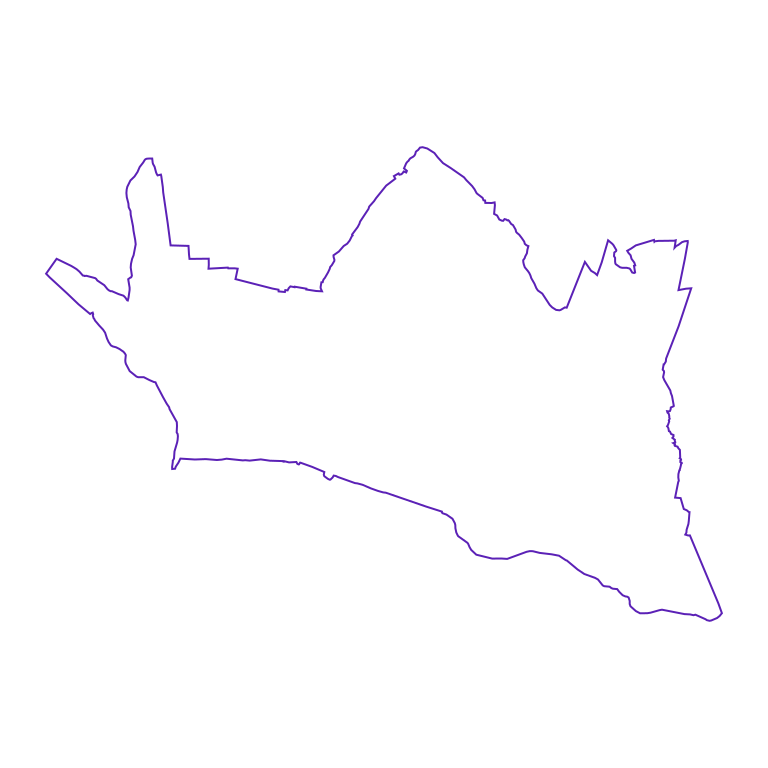 outline of Vulturesti, Suceava, Romania
{"feature_id": "2599482B79576110645349", "entity_name": "Vulturesti", "entity_type": "district", "adm_level": 2, "iso_a3": "ROU", "parent_name": "Romania", "parent_adm1": "Suceava", "projection": "mercator", "projection_center": [26.409, 47.519], "detail": "fine", "context": "isolated", "style": "outline", "palette": "violet", "viewbox_px": 768, "rotation_deg": 0, "n_neighbors": 0, "source": "geoboundaries", "source_scale": "gbopen_adm2", "svg_char_len": 6101}
<svg xmlns="http://www.w3.org/2000/svg" viewBox="0 0 768 768"><path d="M695.4,614.7L705.7,619.3L706.7,620.1L709.5,620.8L711.2,620.5L717.1,618.0L719.6,616.0L721.9,613.2L718.4,603.5L689.9,535.4L688.2,535.5L685.3,534.6L686.4,532.6L686.6,529.8L688.4,524.0L688.8,520.9L689.5,512.2L689.0,512.2L686.8,510.3L683.8,509.0L680.6,498.1L675.1,497.6L678.2,482.1L678.8,480.8L678.3,477.4L678.4,474.1L679.3,470.5L679.8,470.1L679.7,469.5L680.0,468.9L680.9,465.3L681.0,464.1L681.8,463.3L681.7,462.7L680.4,462.2L680.3,460.8L681.1,459.9L681.0,459.2L679.7,458.3L680.2,457.4L679.9,449.9L678.3,448.2L677.6,446.7L674.8,445.8L674.6,445.3L675.0,444.3L673.3,443.1L675.0,442.6L675.3,442.2L674.7,440.8L674.9,439.8L672.4,437.9L673.5,436.5L673.5,435.0L671.1,434.0L670.0,431.6L668.9,431.1L668.4,428.3L667.8,427.0L667.1,426.3L668.0,424.9L669.0,422.0L669.2,421.3L668.8,420.3L669.7,418.7L669.2,417.3L669.3,416.2L668.8,413.9L667.5,412.6L667.1,411.2L669.0,411.4L669.9,411.1L670.6,409.4L670.8,407.5L673.7,406.2L673.8,405.8L672.0,396.0L670.9,393.2L670.3,390.5L664.3,380.1L663.1,377.1L664.1,372.3L663.9,371.0L662.7,369.7L663.6,364.6L663.9,364.7L665.8,361.6L666.1,358.6L678.6,326.3L691.2,288.3L686.0,288.7L678.5,290.1L684.9,258.7L687.8,242.3L687.7,241.0L684.6,241.3L682.1,242.1L678.4,244.9L676.2,246.0L674.6,247.7L675.7,240.3L674.2,240.7L658.4,240.9L654.8,241.3L654.4,241.7L654.0,239.9L635.8,245.4L630.9,248.7L627.2,250.8L628.4,252.8L630.6,255.3L631.5,258.8L634.3,262.6L635.2,265.4L634.0,265.8L635.1,272.5L634.1,273.0L632.2,272.5L630.3,269.3L629.5,268.5L626.7,267.8L622.2,267.8L620.1,267.3L615.9,264.3L615.4,263.6L615.1,261.7L615.1,257.9L614.0,256.1L614.3,252.5L616.0,251.2L616.3,250.6L616.2,249.9L613.5,245.2L612.3,243.8L608.1,240.3L601.7,262.4L597.1,275.1L594.8,273.0L591.1,270.8L584.9,261.9L566.7,307.7L564.9,307.4L560.7,309.9L559.5,310.3L556.1,309.9L552.2,307.4L549.7,304.9L542.3,293.6L537.9,290.5L536.4,288.3L534.4,283.6L531.3,278.2L530.4,275.4L529.3,273.1L528.0,271.2L524.8,267.3L523.8,264.4L523.3,262.1L523.2,260.2L524.6,258.3L525.2,256.5L526.9,253.3L527.4,249.7L528.4,246.1L526.5,245.3L524.8,243.8L524.2,241.6L521.8,238.1L519.2,234.7L517.0,232.9L516.1,231.8L515.6,229.6L513.0,225.1L511.2,224.0L509.0,220.8L508.3,220.2L507.4,220.4L506.4,219.6L504.5,219.1L503.2,220.8L501.9,220.7L499.3,219.5L497.1,215.5L494.1,213.9L494.9,205.1L494.6,202.4L491.7,203.0L485.3,202.9L485.1,200.5L483.5,200.3L482.6,197.9L477.4,193.9L476.5,193.0L474.6,189.4L472.1,186.0L466.3,180.1L464.0,177.3L450.5,167.9L443.0,163.1L437.7,157.3L434.4,153.0L427.3,148.5L422.6,147.2L420.0,147.6L418.1,150.0L416.4,151.2L415.8,151.9L415.3,153.9L414.5,155.5L413.2,156.7L410.4,158.3L409.3,159.5L408.5,160.9L407.6,161.5L406.2,163.3L404.0,168.4L406.9,170.9L406.2,172.5L403.7,171.5L402.4,173.4L401.2,174.3L399.4,174.7L398.6,173.4L393.9,176.1L395.3,178.7L386.2,185.6L376.1,198.1L374.0,201.2L369.2,206.6L368.5,208.9L360.1,221.6L359.4,223.8L357.7,227.0L352.1,234.5L352.6,235.5L352.0,235.9L349.7,240.5L347.2,243.7L343.7,246.0L338.9,251.5L333.5,255.3L333.6,257.0L334.4,259.7L334.3,261.0L331.8,265.2L330.2,267.0L329.7,268.9L328.0,272.5L324.8,278.0L323.6,279.4L323.0,280.8L322.7,282.2L321.4,282.3L320.6,287.1L320.7,288.4L322.0,291.3L316.1,291.0L306.3,289.5L306.4,288.7L294.7,286.7L294.6,287.2L290.4,286.4L288.7,288.2L287.6,290.4L285.3,290.1L284.9,292.0L278.6,291.4L278.5,289.7L272.6,288.6L235.5,279.1L237.7,268.7L234.5,268.3L228.2,268.3L227.9,267.6L208.5,268.7L208.8,265.0L208.7,258.7L189.5,258.9L189.0,254.5L188.5,245.9L170.6,245.4L167.7,223.2L163.2,192.4L162.8,187.1L161.3,176.2L160.9,174.6L157.6,175.4L156.9,174.3L156.1,172.5L154.6,166.8L153.1,164.1L152.7,162.8L152.2,158.5L149.6,158.5L146.8,158.7L145.5,159.2L144.7,160.0L143.2,162.5L139.7,167.0L137.5,172.0L134.5,176.5L130.4,180.5L127.3,186.8L126.7,189.4L126.4,193.0L126.8,197.3L128.4,203.5L128.7,207.3L130.5,211.0L130.7,214.7L133.0,226.3L133.5,230.7L135.2,240.0L135.7,244.3L133.6,255.2L132.1,258.9L131.0,263.8L130.7,267.5L131.9,275.7L131.2,277.3L130.5,277.5L128.2,279.2L129.6,287.6L129.6,290.0L128.5,297.7L127.8,300.5L127.2,300.3L125.3,297.5L123.5,295.7L118.6,294.1L111.9,291.2L110.6,291.2L109.0,290.4L107.5,289.2L104.3,285.2L97.3,280.5L96.2,278.9L95.1,278.1L86.4,275.8L84.5,276.0L84.2,275.7L82.8,275.5L79.4,271.6L76.6,269.2L74.4,267.8L71.2,265.9L56.6,258.8L46.1,273.7L49.7,277.4L67.2,293.5L78.5,304.3L90.1,314.0L91.4,313.1L92.7,312.6L93.2,314.2L92.8,315.0L92.9,315.7L93.6,318.2L94.5,319.3L94.9,320.4L99.2,325.5L103.1,329.7L105.1,332.7L107.0,338.5L108.6,342.0L110.9,345.4L112.7,346.4L116.1,347.3L119.5,349.0L123.5,351.8L125.0,353.6L125.8,355.1L125.3,360.2L125.4,362.0L125.9,363.9L129.7,371.1L136.5,376.6L138.2,377.2L143.8,377.2L149.5,380.1L153.9,382.0L155.5,382.3L156.9,385.5L163.0,397.1L166.7,403.7L169.1,407.2L169.6,409.2L176.8,422.1L177.0,426.0L176.7,431.9L176.7,432.5L177.6,433.9L177.9,436.2L177.6,440.0L177.1,442.6L174.5,451.4L174.0,458.6L172.8,460.6L172.8,461.9L172.1,467.0L172.2,469.0L175.1,468.7L175.8,466.6L178.4,462.7L180.4,458.6L194.9,459.5L205.7,459.1L216.9,460.0L221.8,459.6L226.5,458.7L242.8,460.4L245.3,460.2L249.7,460.6L260.8,459.4L269.9,460.7L283.0,461.1L283.1,461.5L283.9,461.7L284.2,461.2L289.1,462.4L296.4,462.0L297.3,463.8L298.5,464.4L299.1,464.3L300.0,462.7L300.5,462.7L312.2,466.9L324.3,472.0L323.8,474.7L324.3,476.2L327.8,478.8L329.7,479.7L330.4,479.6L332.6,477.5L333.7,475.6L335.9,476.0L337.9,477.0L355.0,483.1L357.4,483.4L362.6,484.8L370.9,488.4L377.9,490.9L383.2,492.4L385.8,492.7L426.2,506.6L441.9,511.6L441.9,512.4L442.5,513.2L446.5,514.6L452.5,518.8L454.8,523.1L455.3,525.0L455.4,528.2L456.3,532.5L457.7,535.4L458.2,536.2L467.4,542.8L468.1,543.7L469.6,547.2L471.2,549.9L476.3,554.7L492.2,558.6L501.2,558.5L507.2,558.9L526.6,551.8L529.9,551.1L532.8,551.2L539.7,552.9L551.6,554.3L559.0,555.7L565.8,560.2L566.8,560.5L577.6,569.5L584.3,574.0L595.1,577.9L598.0,579.5L602.7,585.4L604.2,586.2L609.6,586.7L611.4,588.1L612.9,588.7L617.2,589.1L619.1,591.7L622.6,595.2L625.3,596.4L627.2,596.7L628.6,597.5L629.7,600.9L629.7,604.0L630.5,606.3L635.9,611.1L640.1,613.3L647.3,613.2L650.5,612.7L659.7,610.1L662.0,609.7L684.5,614.1L690.0,614.4L693.5,615.2L695.4,614.7Z" fill="none" stroke="#5b21b6" stroke-width="2"/></svg>